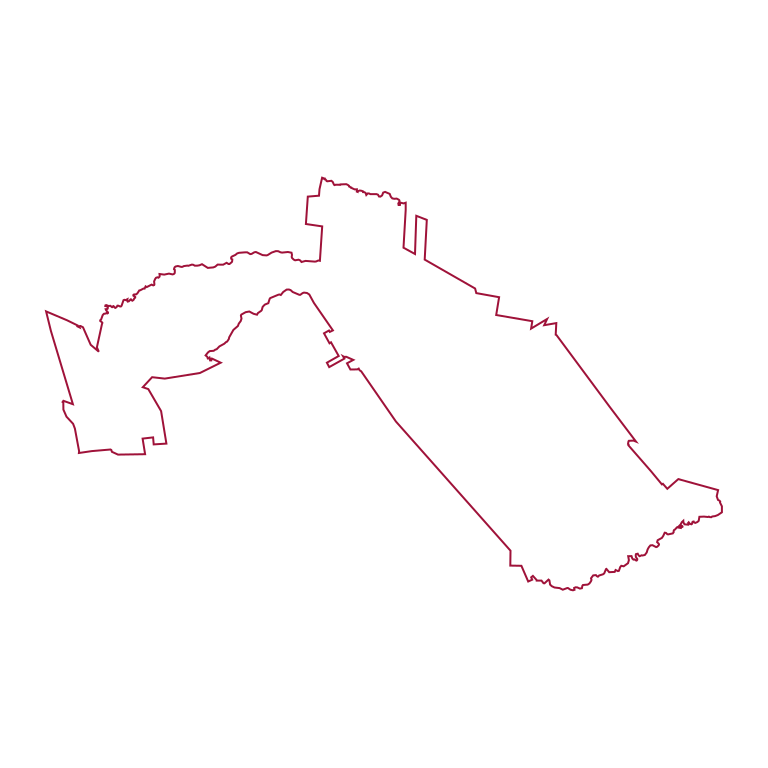 the district of Güémez, Tamaulipas, Mexico
{"feature_id": "50627088B77034241213697", "entity_name": "Güémez", "entity_type": "district", "adm_level": 2, "iso_a3": "MEX", "parent_name": "Mexico", "parent_adm1": "Tamaulipas", "projection": "orthographic", "projection_center": [-99.141, 23.887], "detail": "fine", "context": "isolated", "style": "outline", "palette": "rose", "viewbox_px": 768, "rotation_deg": 0, "n_neighbors": 0, "source": "geoboundaries", "source_scale": "gbopen_adm2", "svg_char_len": 6103}
<svg xmlns="http://www.w3.org/2000/svg" viewBox="0 0 768 768"><path d="M63.4,400.8L62.6,402.0L63.3,402.5L63.4,409.6L66.5,416.7L73.1,423.8L74.9,428.6L79.1,451.2L78.9,453.0L91.8,451.1L110.5,449.5L111.3,450.0L111.9,451.8L118.0,454.6L145.1,454.2L142.6,438.6L153.1,437.4L153.7,444.4L166.4,443.6L161.1,411.1L148.3,389.1L142.8,387.2L152.1,377.2L164.8,378.6L199.9,373.0L220.7,362.7L211.8,358.5L211.6,358.5L211.3,360.4L210.1,360.4L209.5,357.7L208.8,358.4L207.8,358.5L207.3,356.8L205.6,355.4L208.0,352.4L209.7,351.1L213.7,350.8L215.2,349.7L216.7,349.2L219.4,346.4L224.3,343.7L226.0,342.1L227.1,341.6L228.8,339.1L229.2,337.3L233.4,329.9L237.9,326.0L238.8,323.6L240.7,321.1L241.5,318.6L240.9,315.6L241.3,314.6L245.6,312.2L249.3,311.5L253.6,313.8L257.0,314.7L257.9,313.1L261.2,310.8L261.8,310.0L262.6,307.0L263.7,305.7L265.0,304.5L268.3,303.2L269.6,299.0L270.2,298.1L278.4,294.7L279.5,294.5L280.8,295.0L283.2,292.0L286.6,289.6L288.9,289.5L290.6,290.1L292.7,292.0L299.3,294.8L300.3,294.8L302.6,293.1L304.0,292.6L307.0,293.0L309.3,294.5L313.9,302.9L332.9,330.4L329.8,331.9L329.0,330.5L324.0,333.3L329.5,343.3L331.0,342.3L338.7,356.0L326.9,362.7L329.2,367.1L344.4,358.6L343.1,356.3L344.2,356.9L346.3,356.8L353.3,359.9L347.0,363.3L350.4,369.5L357.3,369.4L358.7,368.6L359.6,370.3L361.2,371.3L395.9,421.5L510.5,550.7L510.3,565.6L521.4,565.8L528.2,581.5L532.2,579.7L531.2,577.3L532.9,575.9L536.7,580.1L536.7,580.6L541.5,580.6L543.5,583.2L544.5,583.3L548.5,579.6L549.4,580.4L550.1,584.6L551.8,586.2L554.5,587.5L559.6,588.1L562.8,589.7L567.3,588.0L568.1,588.1L570.4,589.7L573.0,590.3L574.5,589.8L574.1,588.0L575.5,587.3L577.3,587.4L579.9,588.6L581.9,588.2L582.4,585.7L583.0,585.0L587.7,584.6L589.4,583.5L590.9,581.4L591.5,579.9L591.0,578.3L593.2,575.4L595.9,575.1L596.9,576.2L597.9,576.7L599.1,575.5L603.0,574.3L604.2,573.4L606.0,569.1L606.4,568.9L609.2,572.2L614.7,571.9L615.6,570.0L617.9,571.1L618.9,570.8L620.2,567.1L621.3,565.8L623.7,566.3L628.0,563.2L628.9,560.1L628.2,556.2L631.5,556.1L632.3,558.5L633.4,559.6L634.4,559.4L636.3,560.6L636.7,560.5L637.2,559.9L637.3,559.1L635.9,557.0L635.7,555.1L636.0,554.1L637.7,553.7L638.7,555.5L639.7,556.2L641.6,555.3L642.5,555.5L644.8,555.0L646.7,552.5L647.6,549.5L648.8,547.3L650.4,545.4L652.5,545.2L656.1,547.1L657.1,546.8L658.6,545.4L659.0,544.5L658.8,543.8L657.1,542.1L657.7,540.2L661.9,537.9L663.3,535.8L664.7,532.7L666.0,532.9L667.3,534.2L668.1,534.4L672.8,533.4L673.7,532.1L673.6,531.1L674.0,530.1L674.9,529.6L677.0,527.3L678.9,526.5L679.1,526.7L678.6,527.6L680.9,528.0L681.1,527.1L682.4,526.9L682.5,526.4L682.0,525.9L679.9,525.2L680.6,524.5L681.8,522.2L683.3,520.8L683.4,522.4L684.5,524.3L688.4,524.7L689.1,523.8L688.2,522.9L688.7,522.3L689.9,523.8L691.4,524.3L691.9,524.0L692.4,522.1L693.2,521.5L693.7,521.5L694.0,522.4L695.3,522.9L697.4,522.0L698.3,521.2L698.7,520.8L699.4,516.8L704.0,516.6L708.0,517.0L708.9,516.6L709.8,517.1L711.3,517.2L712.2,516.5L715.1,516.1L717.9,515.0L721.9,512.3L721.9,506.3L720.0,502.5L720.2,501.5L719.5,500.7L718.0,499.9L716.7,496.3L718.1,490.1L678.3,479.1L667.3,488.8L662.9,483.8L661.9,484.4L650.9,471.1L628.4,445.3L628.6,444.6L628.0,444.0L628.5,441.3L628.9,440.8L633.5,440.6L636.0,441.6L610.1,407.4L560.3,340.2L556.5,335.1L555.7,334.7L556.3,323.1L544.2,325.2L547.1,319.0L531.1,328.6L532.3,321.2L496.2,315.0L499.1,297.2L476.3,293.1L475.1,288.5L424.7,259.6L426.8,219.9L416.3,215.8L415.0,254.0L403.5,247.7L405.7,209.8L405.7,202.7L403.6,203.4L400.6,202.7L400.2,202.9L399.9,205.0L398.6,205.0L398.3,203.5L399.5,201.4L399.4,200.4L398.8,199.7L396.7,198.6L394.3,198.8L392.3,198.4L390.8,196.7L389.7,193.9L385.1,191.9L383.2,192.6L382.1,195.4L380.4,196.6L379.0,196.5L378.0,194.7L376.4,194.1L370.3,194.1L369.1,193.5L367.8,193.4L366.3,195.0L365.6,192.9L364.4,192.2L363.1,192.1L363.1,191.4L361.6,190.8L359.7,190.5L357.6,191.3L357.6,191.9L356.8,191.6L356.9,189.3L354.7,189.4L351.1,187.8L351.2,187.5L349.1,186.5L349.1,185.9L347.8,184.9L346.3,184.2L340.4,184.4L340.3,184.8L335.8,184.7L334.6,185.1L334.0,184.7L332.7,181.9L331.4,180.8L327.2,181.3L326.6,181.0L326.6,180.7L325.3,179.2L324.8,179.4L324.1,178.8L324.2,178.5L322.9,178.6L322.6,178.3L322.7,177.9L322.1,177.7L319.5,189.2L319.0,195.7L307.8,196.6L305.9,224.0L322.2,226.4L319.9,260.8L318.3,260.5L316.0,261.5L314.6,261.6L305.5,260.9L301.5,262.0L300.3,260.5L298.6,259.7L295.1,260.3L293.7,259.6L292.0,257.9L291.7,256.9L292.0,254.9L291.5,252.7L287.9,252.0L282.1,252.6L280.5,252.3L278.2,251.2L275.9,251.1L271.6,252.6L267.6,255.1L266.4,255.4L262.6,255.1L255.9,252.0L254.3,252.3L251.6,253.9L250.2,254.1L247.2,252.3L245.5,252.3L239.1,252.8L237.2,253.4L235.4,254.9L232.0,256.5L231.2,257.3L231.1,258.2L231.4,259.0L232.3,259.4L232.2,261.0L231.8,262.1L229.5,264.0L228.5,264.0L226.6,262.8L223.1,264.7L217.6,264.6L215.3,266.6L213.3,267.4L207.8,267.9L202.0,264.2L199.4,265.3L197.0,265.7L194.8,265.7L193.3,264.8L191.9,264.6L188.3,265.8L187.3,265.6L183.8,266.1L182.5,266.8L181.3,266.9L177.9,266.0L175.6,266.5L174.7,267.2L174.2,268.3L174.0,269.2L174.8,269.9L174.8,272.3L174.6,273.3L173.7,274.1L172.5,274.4L169.0,273.6L164.2,274.6L159.5,274.0L159.7,275.9L159.5,276.7L158.5,277.7L157.4,277.3L156.0,277.8L155.2,278.9L154.1,281.4L154.4,284.3L154.2,285.0L153.2,285.4L151.6,284.6L146.7,287.1L145.6,286.4L144.6,288.6L143.6,288.5L140.2,290.3L139.3,290.4L137.4,293.3L136.3,294.3L133.9,294.5L133.3,295.1L133.4,295.7L135.2,296.9L135.2,297.6L134.3,298.4L133.5,299.9L132.4,300.7L131.6,300.3L131.0,299.3L130.7,299.3L128.8,301.3L127.7,301.6L127.1,300.7L127.4,299.2L125.7,300.1L124.3,299.8L123.5,300.2L121.6,305.7L121.0,306.4L120.2,306.5L118.0,305.6L117.4,305.7L116.8,306.8L115.5,307.9L115.0,307.8L113.5,306.1L113.1,306.2L112.5,307.1L111.9,307.1L110.4,305.8L108.6,306.0L106.4,305.1L105.5,305.3L105.3,306.0L107.1,306.4L107.9,307.8L107.6,308.7L107.2,309.0L105.7,309.2L106.2,310.4L108.0,312.4L108.0,313.0L107.5,313.4L106.5,313.0L105.9,313.5L103.9,313.8L102.7,315.1L101.1,319.5L100.2,320.3L100.3,321.1L101.7,322.0L102.4,322.9L102.0,323.9L96.9,347.3L98.8,351.7L90.7,344.8L83.0,327.3L80.5,326.0L79.0,326.2L79.5,327.4L77.3,326.3L77.5,325.4L67.1,320.3L46.1,311.4L50.9,330.9L72.9,404.2L63.4,400.8Z" fill="none" stroke="#9f1239" stroke-width="2"/></svg>